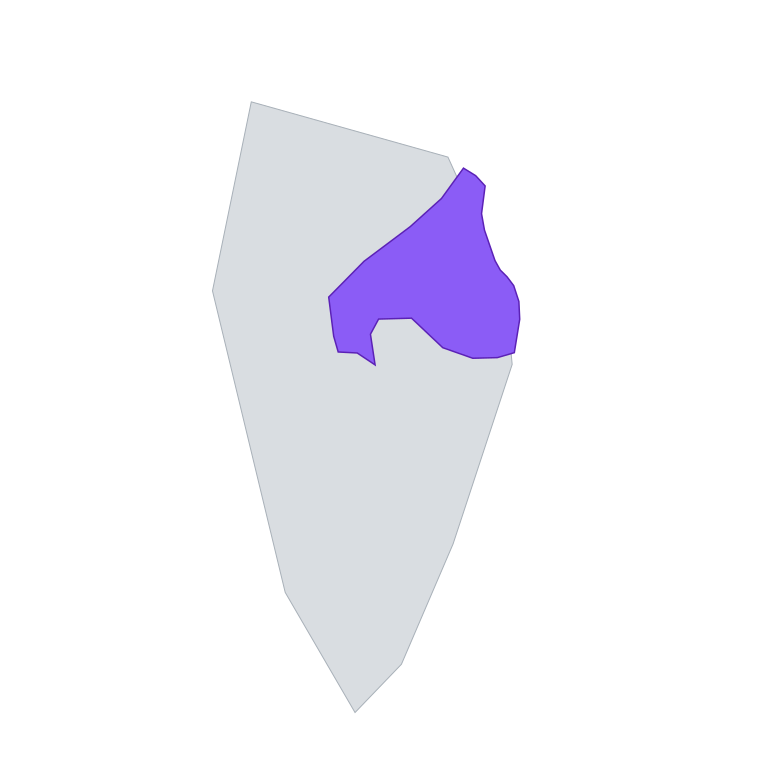 Soufrière highlighted on a map of Saint Lucia, rotated 164°
{"feature_id": "LCA-5085", "entity_name": "Soufrière", "entity_type": "Quarter", "adm_level": 1, "iso_a3": "LCA", "parent_name": "Saint Lucia", "parent_adm1": "", "projection": "albers", "projection_center": [-61.032, 13.851], "detail": "fine", "context": "in_parent", "style": "filled", "palette": "violet", "viewbox_px": 768, "rotation_deg": 164, "n_neighbors": 0, "source": "natural_earth", "source_scale": "10m", "svg_char_len": 700}
<svg xmlns="http://www.w3.org/2000/svg" viewBox="0 0 768 768"><g transform="rotate(164 384 384)"><path d="M523.2,520.8L433.8,691.8L260.0,584.5L240.1,449.4L255.4,367.5L361.7,211.2L444.5,109.8L502.4,76.2L536.4,210.9L523.2,520.8Z" fill="#d9dde1" stroke="#a8b0b8" stroke-width="1"/><path d="M248.1,569.6L238.4,558.9L232.2,546.5L243.3,520.8L245.0,504.2L243.3,472.0L240.8,461.4L236.2,453.2L232.2,442.8L231.6,426.1L235.7,408.8L250.1,378.2L267.7,378.1L291.6,384.3L317.5,402.7L339.4,439.7L371.3,447.9L383.3,435.6L387.3,404.8L401.2,421.2L419.2,427.4L419.2,443.8L413.2,482.8L395.9,492.5L385.8,498.2L369.3,507.5L315.5,528.0L277.6,546.5L248.1,569.6Z" fill="#8b5cf6" stroke="#5b21b6" stroke-width="1.5"/></g></svg>